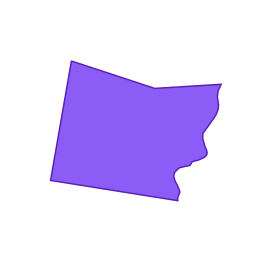 Derriere Morne, Soufrière, Saint Lucia (orthographic projection), rotated 119°
{"feature_id": "8701671B55959658835891", "entity_name": "Derriere Morne", "entity_type": "district", "adm_level": 2, "iso_a3": "LCA", "parent_name": "Saint Lucia", "parent_adm1": "Soufrière", "projection": "orthographic", "projection_center": [-61.051, 13.809], "detail": "fine", "context": "isolated", "style": "filled", "palette": "violet", "viewbox_px": 256, "rotation_deg": 119, "n_neighbors": 0, "source": "geoboundaries", "source_scale": "gbopen_adm2", "svg_char_len": 623}
<svg xmlns="http://www.w3.org/2000/svg" viewBox="0 0 256 256"><g transform="rotate(119 128 128)"><path d="M44.6,67.7L80.4,123.8L96.8,209.6L97.2,209.8L97.6,209.7L211.4,170.3L176.4,73.9L167.4,49.2L166.9,49.7L164.4,50.9L158.9,51.5L157.4,53.1L154.2,57.1L151.7,60.9L149.2,63.6L148.1,64.5L144.9,65.7L141.9,65.1L138.1,63.9L134.2,59.8L131.3,56.2L130.5,55.6L126.5,55.5L125.2,54.4L122.2,51.1L116.9,47.1L114.5,46.3L112.7,46.2L110.9,47.0L108.7,49.2L106.8,51.8L100.9,57.6L96.3,59.9L95.0,59.7L87.9,58.8L79.1,57.8L73.8,57.4L67.6,58.3L64.0,59.9L57.2,65.1L51.8,67.2L44.6,67.7Z" fill="#8b5cf6" stroke="#5b21b6" stroke-width="1.5"/></g></svg>